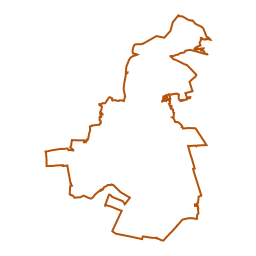 Izvoarele, Tulcea, Romania (Natural Earth projection)
{"feature_id": "2599482B66243193885359", "entity_name": "Izvoarele", "entity_type": "district", "adm_level": 2, "iso_a3": "ROU", "parent_name": "Romania", "parent_adm1": "Tulcea", "projection": "natural_earth1", "projection_center": [28.529, 45.071], "detail": "fine", "context": "isolated", "style": "outline", "palette": "amber", "viewbox_px": 256, "rotation_deg": 0, "n_neighbors": 0, "source": "geoboundaries", "source_scale": "gbopen_adm2", "svg_char_len": 5746}
<svg xmlns="http://www.w3.org/2000/svg" viewBox="0 0 256 256"><path d="M71.9,140.1L71.8,141.8L71.4,142.7L71.3,144.9L70.3,147.3L72.9,149.5L73.4,150.2L73.3,150.5L70.0,150.0L68.5,150.2L68.0,149.1L67.6,148.5L67.2,148.5L65.2,148.8L59.4,149.1L51.3,150.4L47.5,151.3L45.5,151.6L46.0,153.4L46.5,158.8L46.6,166.1L53.3,165.9L56.3,165.5L61.4,165.3L62.7,165.1L62.8,166.0L63.1,166.1L67.3,165.5L70.6,183.8L71.1,183.7L71.6,185.5L71.8,185.7L70.2,186.2L69.7,194.3L70.7,194.6L70.8,195.1L71.6,195.4L72.0,195.2L74.5,197.2L74.4,197.6L75.2,197.7L78.6,197.3L80.2,197.3L83.7,195.6L87.7,197.5L90.1,198.4L91.1,198.6L91.4,198.5L93.1,197.2L95.2,194.4L100.0,190.4L101.2,189.6L101.2,190.5L103.1,189.3L103.6,187.9L104.2,187.1L106.8,185.9L107.9,184.9L110.2,185.1L110.6,185.0L110.9,184.6L111.4,184.4L112.1,184.6L112.4,185.0L113.3,185.0L120.6,192.2L129.9,197.7L124.8,204.3L123.1,201.5L122.6,201.1L112.1,196.9L110.8,195.3L109.1,194.6L105.1,205.2L105.1,205.7L105.6,205.7L106.4,205.3L110.9,206.5L118.6,209.7L121.7,210.8L112.3,231.0L112.7,231.3L113.1,231.9L114.1,232.4L115.4,233.5L116.7,233.9L128.2,236.1L142.1,239.1L142.8,236.5L142.9,236.4L152.4,237.9L156.8,237.8L156.8,238.4L157.0,238.6L158.8,238.9L161.0,240.1L163.5,240.6L164.7,239.1L170.5,232.8L171.1,232.4L173.3,230.0L177.5,225.3L177.4,225.2L179.5,223.1L181.8,220.2L182.8,219.5L188.7,218.2L191.8,218.2L196.9,218.9L197.2,214.8L198.4,213.4L197.8,207.5L198.1,207.6L197.7,205.8L196.5,206.0L195.0,206.0L194.8,204.5L197.3,204.0L197.1,203.3L198.0,202.7L198.2,202.3L198.2,200.5L198.4,199.3L198.6,196.6L201.1,195.8L201.3,195.5L193.6,170.9L193.1,168.8L194.7,168.5L191.9,159.0L190.2,153.8L188.1,145.9L189.8,146.0L195.4,145.6L196.5,146.3L197.0,145.6L197.5,145.5L206.5,145.1L204.2,141.5L203.7,140.5L203.0,139.7L201.6,137.6L201.4,137.1L199.5,134.4L195.6,128.4L195.3,128.2L191.3,128.2L189.3,128.0L182.9,128.5L182.7,127.6L182.6,127.4L181.8,127.2L182.2,126.2L180.5,124.1L179.3,123.0L177.5,122.0L176.6,122.2L176.0,121.9L175.3,122.0L174.9,121.6L175.0,121.3L173.6,118.3L172.3,117.4L173.5,117.2L173.7,116.7L173.7,114.7L174.1,112.9L173.3,112.5L173.0,109.6L171.6,109.2L171.8,108.8L171.5,108.3L170.6,108.0L170.5,107.9L171.7,106.7L171.4,105.8L170.0,105.9L169.6,105.6L169.6,104.5L169.0,103.8L170.0,103.1L169.9,101.8L169.5,101.5L169.8,100.8L169.3,100.3L167.6,100.0L167.4,99.3L167.0,99.2L166.6,99.5L166.2,101.1L164.6,100.6L164.4,100.9L163.4,100.6L162.8,101.4L162.2,101.6L162.0,101.3L162.1,101.0L163.0,100.1L163.0,99.4L163.9,99.0L164.4,99.1L164.9,98.7L165.0,98.4L163.9,97.8L163.4,98.1L163.2,97.4L163.5,97.2L163.5,96.8L163.9,97.0L164.5,96.2L165.0,95.8L165.2,96.3L166.3,96.1L166.6,95.5L167.1,96.3L167.1,96.8L166.7,97.4L166.9,97.8L167.6,98.4L167.5,98.6L167.6,98.9L169.2,99.3L169.5,99.9L170.2,99.7L170.4,99.1L170.1,98.1L169.8,96.2L169.6,95.8L169.2,95.5L169.0,94.8L168.5,94.5L169.0,94.2L169.9,94.6L170.8,94.6L171.0,94.4L171.8,94.3L172.4,94.5L173.1,94.0L173.8,94.1L175.7,93.6L176.0,93.9L177.0,93.6L177.3,93.6L178.2,94.3L178.7,94.4L178.9,94.6L178.5,95.1L178.8,95.7L178.6,96.4L178.8,98.5L178.7,99.0L179.5,100.0L179.9,100.3L181.4,100.1L181.0,100.6L180.4,100.9L180.5,101.1L182.2,100.8L183.8,100.0L184.4,100.2L185.7,99.4L186.7,99.6L187.2,98.7L188.5,98.3L189.2,98.3L189.8,97.8L190.1,97.9L190.3,97.2L188.7,97.2L187.7,97.5L187.4,97.7L186.9,97.6L185.4,93.1L192.5,91.2L189.5,81.8L193.0,78.6L195.3,76.9L195.5,76.7L195.8,75.5L196.3,75.1L196.3,74.7L194.5,72.8L187.1,65.2L184.0,64.0L175.4,59.7L173.6,59.3L172.2,57.8L171.6,57.0L170.9,56.8L170.4,56.4L170.4,56.1L173.8,55.9L176.1,54.9L177.9,54.7L179.8,53.4L180.9,53.0L183.2,52.7L184.5,52.3L184.5,52.0L185.5,50.7L189.4,50.0L190.3,50.0L194.0,50.8L205.5,54.1L206.8,54.3L207.1,54.5L207.3,54.4L207.0,53.9L206.2,54.0L205.5,53.8L204.6,53.1L204.3,51.7L203.6,51.2L202.7,50.7L201.0,50.4L201.1,49.1L203.4,48.8L203.6,48.4L201.7,48.4L198.7,49.2L194.7,49.6L194.5,48.5L194.8,48.2L196.7,48.0L197.3,47.8L196.8,46.9L198.5,46.3L200.5,45.4L199.9,43.9L199.6,42.6L200.9,40.3L200.8,37.9L201.0,37.8L201.5,38.1L202.3,38.2L202.7,39.1L203.8,39.5L204.6,39.4L205.2,39.6L206.5,39.3L206.3,38.9L206.9,38.8L209.2,39.4L210.1,39.8L210.5,39.8L208.9,38.0L206.7,36.6L206.3,36.1L203.5,28.9L202.9,28.0L202.0,27.2L201.0,26.5L196.9,24.6L195.6,23.9L195.0,23.3L192.6,20.5L191.3,20.7L190.7,20.2L190.0,20.4L189.4,20.3L188.8,19.9L187.3,19.4L185.9,18.4L182.1,16.3L180.2,16.3L179.1,15.8L178.7,16.2L178.4,16.0L178.5,15.6L178.3,15.4L172.7,22.4L170.5,30.8L164.3,37.7L156.4,36.1L142.9,43.8L142.5,43.6L141.6,44.1L139.9,44.3L138.6,44.1L136.5,44.3L135.5,44.6L134.8,44.5L134.3,45.1L133.3,47.2L132.6,50.7L132.6,52.3L132.8,53.0L133.1,53.5L135.6,53.9L137.4,54.6L132.6,56.3L130.4,57.8L129.1,59.8L126.6,66.0L126.3,67.1L125.8,72.9L126.5,73.0L127.5,72.5L127.5,73.0L126.2,73.8L125.9,74.3L124.1,84.1L123.6,89.3L125.1,96.2L124.9,96.2L124.6,98.2L123.8,101.1L122.3,100.6L122.1,100.3L119.4,100.3L119.0,100.9L118.7,100.9L116.2,100.6L115.5,100.1L112.4,100.5L112.3,100.4L112.0,99.7L112.2,98.3L111.0,97.8L110.0,97.2L109.3,97.3L108.1,98.8L105.2,103.2L103.8,103.4L103.0,103.1L101.3,104.0L99.4,104.0L99.2,104.6L99.3,104.9L100.0,105.4L101.0,105.8L102.0,106.6L101.6,108.1L101.5,109.4L101.0,110.6L100.1,111.9L100.2,112.8L100.6,113.3L101.2,113.2L101.3,112.9L102.6,114.2L102.6,114.4L101.7,114.2L101.4,114.6L101.1,114.5L100.6,114.5L100.9,115.0L100.9,115.9L101.3,116.4L101.3,116.8L99.8,116.6L99.5,117.2L100.0,117.9L99.6,118.5L99.5,119.1L99.8,120.1L99.7,120.3L99.8,120.6L100.8,121.2L100.9,121.6L100.9,122.0L100.6,122.4L100.7,123.1L100.1,123.5L99.8,124.5L99.2,124.8L98.8,124.7L92.1,125.5L92.0,126.0L89.9,126.4L90.1,129.3L90.0,131.0L89.4,132.5L89.0,134.1L88.7,136.2L88.4,137.1L88.2,138.9L87.8,139.1L87.7,139.6L86.8,139.5L86.6,140.1L87.0,140.2L86.8,140.7L86.1,141.8L85.8,141.3L85.6,141.5L85.3,141.5L84.7,142.4L83.9,142.3L84.2,140.4L80.5,140.3L79.7,140.4L71.9,140.1Z" fill="none" stroke="#b45309" stroke-width="2"/></svg>